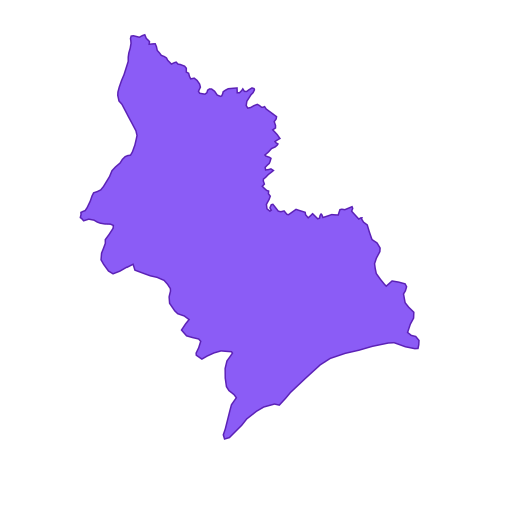 the district of Tewor, Grand Cape Mount, Liberia, rotated 285°
{"feature_id": "62588387B21593373041420", "entity_name": "Tewor", "entity_type": "district", "adm_level": 2, "iso_a3": "LBR", "parent_name": "Liberia", "parent_adm1": "Grand Cape Mount", "projection": "orthographic", "projection_center": [-11.287, 6.943], "detail": "fine", "context": "isolated", "style": "filled", "palette": "violet", "viewbox_px": 512, "rotation_deg": 285, "n_neighbors": 0, "source": "geoboundaries", "source_scale": "gbopen_adm2", "svg_char_len": 4404}
<svg xmlns="http://www.w3.org/2000/svg" viewBox="0 0 512 512"><g transform="rotate(285 256 256)"><path d="M320.3,348.4L319.9,347.3L318.8,346.2L318.3,345.7L324.0,336.8L327.0,337.1L328.5,336.0L323.7,329.8L323.6,328.7L323.4,326.8L322.5,325.1L319.5,324.9L316.9,324.8L316.2,321.8L315.6,318.4L313.5,315.3L310.5,310.7L312.8,309.0L313.4,308.0L311.8,307.4L309.0,307.6L308.2,306.4L307.9,306.0L311.3,300.1L311.5,299.7L309.2,298.4L306.4,296.5L308.7,293.2L310.9,292.2L311.0,290.9L311.2,285.7L311.4,282.6L304.3,276.7L304.2,275.1L306.8,271.5L305.2,268.5L305.1,265.9L305.7,265.1L309.1,260.6L310.3,258.9L309.5,257.5L306.1,257.0L304.2,258.9L302.9,257.8L304.4,254.4L308.5,252.7L311.2,253.3L313.9,254.0L317.5,254.3L319.3,251.9L322.0,251.4L322.1,249.3L323.7,246.2L325.0,244.0L327.6,245.5L330.4,243.6L332.3,243.3L334.4,244.9L337.9,246.8L341.4,249.5L343.1,250.7L344.0,247.9L342.7,245.7L341.6,243.0L344.0,241.9L346.7,243.4L348.8,244.8L350.9,245.1L354.2,245.2L354.8,243.4L355.1,239.6L355.9,238.5L359.7,241.1L363.8,243.2L366.3,246.3L368.6,247.8L369.9,248.2L370.6,245.8L371.5,244.7L373.8,246.8L375.7,248.7L378.7,245.1L380.8,241.8L381.4,240.8L382.2,239.5L384.7,241.7L387.1,241.1L390.5,238.8L393.6,240.0L395.9,239.8L400.6,227.8L402.5,225.6L401.4,224.2L401.2,223.3L401.1,222.9L402.2,220.4L402.8,218.0L400.7,215.1L398.1,212.5L396.7,209.8L398.8,207.6L403.1,207.1L410.4,209.4L413.0,210.9L416.1,211.5L417.2,210.8L417.3,208.6L414.7,206.1L412.5,204.4L412.0,202.2L414.0,200.0L412.2,199.4L409.4,197.8L408.8,195.6L413.4,194.2L411.9,190.0L410.4,185.9L408.4,183.7L406.2,181.8L403.8,181.8L401.7,181.4L401.0,180.4L401.4,176.9L404.4,173.4L405.8,169.9L405.3,167.8L403.7,166.4L401.8,166.3L401.0,166.3L399.1,164.8L398.6,159.5L400.2,157.8L404.7,158.6L407.5,157.0L410.3,153.7L411.8,150.3L410.2,147.1L412.2,145.3L415.1,143.6L415.6,141.1L419.3,140.1L420.9,137.9L421.4,133.2L421.1,131.1L421.9,129.8L422.6,128.7L421.6,127.1L419.5,124.6L422.2,120.0L424.1,118.3L424.9,115.9L425.3,112.6L427.1,110.3L429.0,107.4L432.5,105.6L434.9,103.7L434.4,102.1L432.9,98.0L435.6,97.6L437.8,93.7L440.9,91.3L440.0,89.9L439.3,89.0L437.1,86.7L437.1,84.5L437.0,80.5L436.1,78.5L433.5,78.5L431.5,79.4L428.9,80.3L427.3,80.4L424.3,80.7L419.1,80.6L415.1,81.1L410.9,82.2L397.1,81.6L390.6,80.7L383.8,80.2L378.7,80.2L377.3,80.5L375.4,80.9L370.3,83.5L370.0,83.9L367.8,87.3L362.8,91.9L358.9,95.5L358.0,96.3L352.7,101.3L348.5,105.2L345.9,107.6L341.6,109.9L337.7,110.1L331.6,110.3L329.7,110.1L324.6,109.7L320.9,108.7L319.8,106.1L318.1,103.9L314.7,101.9L311.4,100.9L310.5,100.6L309.7,100.0L305.6,97.2L301.1,94.8L294.9,94.0L285.0,91.1L283.6,90.7L279.6,88.9L278.6,87.7L277.2,86.1L275.0,82.8L271.7,82.1L266.1,81.7L259.1,80.4L255.6,79.2L254.5,77.6L253.9,76.9L252.8,75.6L250.7,76.3L248.9,76.3L247.6,76.4L247.1,77.8L245.4,80.4L248.3,84.9L248.7,90.3L247.7,93.8L247.4,97.0L247.8,101.5L249.1,107.1L248.6,110.3L245.8,110.8L238.7,108.5L232.8,106.2L229.2,107.2L223.9,106.7L218.8,106.1L212.2,107.3L208.5,111.0L203.3,117.4L201.8,122.5L206.1,128.4L209.2,131.5L211.7,134.0L211.7,134.4L216.2,139.4L215.6,139.8L211.0,142.7L210.9,143.7L210.1,152.1L209.5,159.1L209.8,166.0L208.9,171.9L208.7,173.5L205.8,177.9L203.8,180.1L202.4,181.7L200.0,182.5L195.0,182.6L193.9,182.7L187.9,184.8L182.0,191.7L180.0,195.3L179.5,202.4L179.2,203.0L177.3,207.8L172.3,205.6L165.2,203.2L160.9,209.6L160.8,215.6L161.0,222.1L159.3,224.7L152.5,224.4L146.7,223.3L144.7,224.0L142.4,230.4L146.9,234.9L147.3,235.4L151.5,240.5L155.3,246.8L156.4,253.0L157.2,257.1L156.1,258.4L154.1,257.7L152.9,257.3L147.1,255.1L139.4,255.3L130.1,257.9L122.1,261.3L119.0,264.7L116.4,270.7L114.0,273.7L106.0,270.8L100.4,270.8L87.4,271.0L80.9,271.1L74.8,270.7L71.1,273.0L73.7,277.3L88.8,286.0L95.3,288.8L96.1,289.1L106.1,296.6L112.1,302.5L117.8,312.2L118.0,317.1L126.0,321.3L133.1,324.6L141.7,329.9L150.0,335.0L167.5,346.2L168.5,347.1L176.3,354.2L185.1,367.4L191.7,379.9L195.9,386.8L198.9,391.8L206.2,406.3L208.0,411.8L207.5,418.1L207.0,423.7L207.6,433.4L208.6,436.4L212.3,436.2L216.6,435.3L219.6,431.1L219.5,426.5L221.4,422.2L230.1,422.7L236.8,424.3L242.5,423.0L246.0,416.8L246.5,416.1L249.5,412.1L257.5,408.3L261.0,409.3L263.7,409.4L265.3,409.4L267.7,407.2L267.7,400.6L267.1,393.9L260.6,389.6L261.9,387.4L265.6,382.3L270.2,376.7L275.2,374.2L279.3,372.5L284.5,372.8L285.4,372.9L292.3,374.5L295.8,373.8L299.9,369.6L301.9,363.8L303.9,362.4L308.5,359.3L314.8,355.4L316.5,351.1L319.1,348.4L320.3,348.4Z" fill="#8b5cf6" stroke="#5b21b6" stroke-width="1.5"/></g></svg>